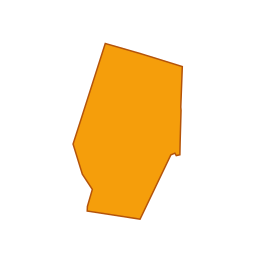 Gonzales, Texas, United States of America, rotated 148°
{"feature_id": "52423323B16861027908547", "entity_name": "Gonzales", "entity_type": "district", "adm_level": 2, "iso_a3": "USA", "parent_name": "United States of America", "parent_adm1": "Texas", "projection": "orthographic", "projection_center": [-97.525, 29.447], "detail": "fine", "context": "isolated", "style": "filled", "palette": "amber", "viewbox_px": 256, "rotation_deg": 148, "n_neighbors": 0, "source": "geoboundaries", "source_scale": "gbopen_adm2", "svg_char_len": 382}
<svg xmlns="http://www.w3.org/2000/svg" viewBox="0 0 256 256"><g transform="rotate(148 128 128)"><path d="M77.5,183.9L102.5,211.7L162.6,160.8L183.1,143.5L191.2,113.0L190.8,94.8L204.0,83.0L206.6,79.2L166.1,44.3L105.9,82.5L101.6,81.8L101.7,79.0L98.2,77.8L91.4,88.2L73.7,114.8L72.2,117.7L53.4,145.4L49.4,151.3L77.5,183.9Z" fill="#f59e0b" stroke="#b45309" stroke-width="1.5"/></g></svg>